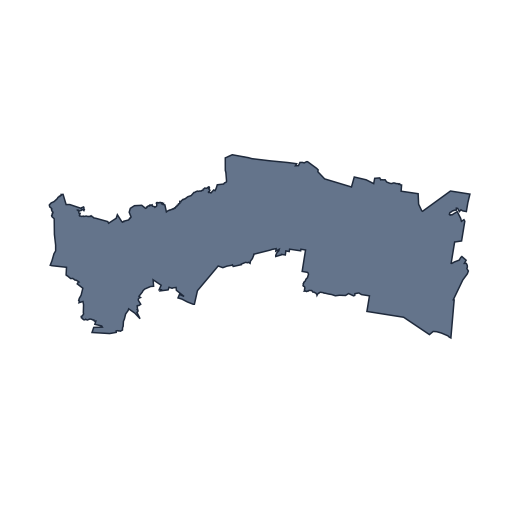 outline of Chihuahua, Chihuahua, Mexico, rotated 99°
{"feature_id": "50627088B4018820308250", "entity_name": "Chihuahua", "entity_type": "district", "adm_level": 2, "iso_a3": "MEX", "parent_name": "Mexico", "parent_adm1": "Chihuahua", "projection": "orthographic", "projection_center": [-106.189, 28.94], "detail": "fine", "context": "isolated", "style": "filled", "palette": "slate", "viewbox_px": 512, "rotation_deg": 99, "n_neighbors": 0, "source": "geoboundaries", "source_scale": "gbopen_adm2", "svg_char_len": 6115}
<svg xmlns="http://www.w3.org/2000/svg" viewBox="0 0 512 512"><g transform="rotate(99 256 256)"><path d="M306.5,72.4L302.8,69.2L302.5,65.7L303.1,60.8L304.8,54.0L305.8,52.6L306.5,50.7L268.4,53.4L268.4,54.3L247.3,48.0L240.6,44.5L237.6,43.9L235.4,45.8L233.8,45.5L232.2,45.9L231.1,46.6L230.4,47.2L230.7,49.1L227.3,47.8L224.3,52.6L225.4,53.5L228.3,54.7L230.9,59.2L232.7,61.4L232.7,62.1L211.1,62.0L209.0,55.3L189.0,55.2L187.6,56.3L189.6,58.5L186.7,59.8L180.7,64.2L184.8,69.0L184.7,69.9L185.3,70.5L184.8,71.5L183.1,71.4L182.3,70.8L181.8,69.8L180.7,69.1L180.3,67.7L179.8,67.5L179.4,65.4L177.4,65.6L177.4,64.3L180.3,62.1L178.3,60.8L179.1,58.9L179.2,55.2L170.1,55.1L161.4,54.4L161.4,74.1L185.8,98.5L185.4,99.4L179.4,103.5L169.1,105.6L169.3,122.8L163.1,123.3L163.1,124.5L162.8,125.1L162.2,125.4L162.8,126.4L162.3,126.8L162.5,128.3L162.5,129.8L162.2,130.2L162.4,131.9L163.2,133.1L163.3,134.9L162.5,138.5L160.5,140.4L160.9,142.2L161.0,144.2L161.3,144.7L159.5,146.0L160.7,150.9L166.1,151.1L163.5,159.1L162.6,171.3L172.9,172.5L169.1,200.3L163.1,208.1L161.2,208.1L159.9,209.9L154.8,219.8L154.9,220.8L156.5,223.0L156.3,224.7L156.7,227.2L160.1,228.2L160.7,231.2L158.5,230.3L158.7,239.2L159.8,257.1L160.5,275.3L160.1,278.6L159.7,295.3L163.9,301.7L176.3,299.7L178.3,298.8L186.2,296.9L187.2,296.8L188.0,297.3L188.7,298.5L190.0,299.3L191.7,305.4L195.3,305.9L197.9,306.7L197.4,308.1L200.8,310.4L200.4,312.0L200.7,312.7L200.4,313.0L200.0,312.9L199.9,312.4L198.2,311.8L197.1,313.1L196.0,312.6L195.1,313.1L195.2,313.8L195.9,313.9L196.0,314.5L196.7,315.1L196.9,315.8L196.9,317.3L197.8,317.9L198.2,318.5L199.5,318.8L199.5,319.3L200.0,320.2L200.5,320.4L200.6,321.8L201.1,322.7L201.0,323.8L201.6,325.1L202.8,326.5L202.9,327.2L206.5,329.5L208.1,332.6L210.8,335.2L210.9,335.9L211.6,336.4L211.6,337.1L213.7,338.7L214.1,338.7L214.0,339.8L215.9,339.5L216.4,340.0L216.6,340.7L217.6,340.7L218.2,341.7L218.6,341.6L219.1,342.1L219.5,342.1L219.7,342.8L221.2,343.2L221.2,344.1L222.0,344.3L222.5,344.9L222.3,345.3L222.7,346.0L223.1,346.1L223.3,346.9L224.0,347.7L223.9,348.2L224.3,348.5L224.8,349.7L226.5,351.4L219.8,354.0L219.7,355.0L219.4,355.2L219.7,355.4L219.7,355.7L219.2,355.7L219.4,355.9L219.2,356.2L219.2,357.1L218.8,357.0L218.7,356.6L218.2,356.6L218.1,357.7L218.4,358.1L218.0,359.1L218.7,360.3L218.6,360.7L218.8,360.9L218.6,362.1L219.0,362.6L219.5,362.7L220.0,362.2L221.9,361.9L222.7,362.3L223.6,363.4L223.2,363.5L223.0,366.0L222.5,366.3L222.4,366.9L221.8,366.8L222.1,367.4L222.2,368.8L222.7,369.0L222.9,368.6L223.2,368.9L223.0,369.4L223.6,370.5L224.5,371.1L224.7,371.6L225.0,371.4L225.5,371.6L226.2,372.6L223.8,376.8L225.3,383.9L228.6,387.6L232.6,388.1L237.0,385.5L238.3,386.1L238.3,386.6L238.9,386.9L239.3,386.8L240.4,387.6L242.3,392.0L242.8,392.0L242.8,392.5L243.5,393.2L242.8,394.2L236.9,399.4L240.6,400.0L246.7,406.7L245.2,407.8L243.8,420.0L243.8,422.1L243.3,422.6L242.9,423.9L242.3,424.5L242.6,425.2L242.2,425.4L243.0,426.3L242.9,427.1L243.3,427.9L243.1,429.9L243.9,432.3L243.6,432.7L244.2,434.5L244.0,435.8L244.1,436.5L243.7,436.8L241.5,436.4L241.7,437.2L240.8,437.8L239.6,437.9L238.6,439.5L238.4,439.1L239.1,437.7L239.0,437.1L238.6,436.6L238.5,435.9L237.5,435.0L237.3,434.3L238.1,433.1L236.9,432.8L236.6,433.3L234.9,433.6L234.5,434.0L235.7,436.0L236.3,436.1L234.3,448.0L234.9,451.6L225.3,456.2L225.7,457.9L226.0,457.6L226.5,457.8L227.3,458.9L227.8,459.1L227.7,459.6L228.6,460.1L229.0,460.7L230.5,461.3L233.9,464.0L235.6,466.6L237.8,468.1L238.4,468.0L239.9,467.3L240.2,466.5L241.5,465.0L242.2,465.3L242.9,464.9L243.5,464.6L244.0,463.8L244.5,463.8L244.7,463.4L245.9,463.5L246.4,464.0L247.3,463.6L247.9,464.2L248.7,463.9L249.3,463.4L250.6,461.3L251.0,461.1L266.2,458.5L276.6,455.6L282.3,454.7L285.4,455.9L292.8,456.8L297.3,457.8L297.5,456.1L296.8,441.4L304.4,440.6L304.9,440.2L304.8,439.7L307.3,435.5L306.8,433.4L307.3,432.7L307.5,431.9L308.0,431.4L308.1,429.5L309.2,427.0L309.3,426.9L309.4,427.4L311.5,428.2L314.9,422.0L322.1,422.6L325.4,423.9L327.8,424.2L328.2,423.5L328.6,423.3L329.8,423.5L328.0,419.8L331.1,418.7L338.9,417.7L340.2,417.2L342.3,418.2L343.0,419.2L344.3,418.8L344.3,418.3L345.1,417.7L346.0,415.9L345.7,414.9L345.1,414.3L345.4,413.6L345.6,412.5L344.4,410.6L344.2,409.8L344.3,408.1L344.6,407.7L344.7,406.9L344.5,406.2L345.2,405.9L345.6,405.4L345.3,404.0L348.7,404.5L349.2,397.5L350.3,396.6L351.9,405.1L357.2,406.0L355.5,388.4L353.3,382.1L351.9,382.4L351.6,381.8L351.4,380.9L351.6,380.3L351.3,379.8L351.5,378.2L350.0,376.3L347.7,376.6L346.2,376.2L341.3,376.7L338.8,376.1L333.7,375.7L329.9,373.8L328.1,373.5L331.4,366.7L336.1,360.7L330.3,364.8L329.4,364.0L328.5,364.0L327.8,364.2L327.5,365.0L327.1,364.7L323.8,365.6L323.3,364.8L323.4,364.1L321.7,362.3L318.3,365.2L317.0,365.5L315.8,364.9L315.1,363.6L314.1,365.3L309.5,362.7L307.8,362.1L306.0,360.7L302.6,355.3L301.9,352.4L295.6,353.9L299.7,345.1L304.5,346.4L304.2,344.4L305.4,345.0L303.2,337.5L300.5,337.0L301.0,333.8L300.4,332.9L299.6,330.0L302.3,329.3L307.2,320.7L305.9,325.6L309.6,326.5L310.2,322.3L312.1,316.7L313.5,310.4L313.3,309.3L299.4,308.4L271.8,291.8L272.7,286.9L270.6,283.2L269.0,278.7L268.4,277.9L269.9,276.9L266.9,269.2L266.4,269.4L263.9,265.3L264.0,263.3L263.4,262.5L264.2,260.7L262.0,260.7L259.2,259.2L255.3,258.3L254.6,258.5L247.9,242.8L247.0,241.2L245.6,237.3L248.1,237.2L245.7,234.1L247.4,234.3L249.3,235.8L252.2,236.6L253.4,236.4L250.8,230.9L250.4,231.0L250.4,227.2L246.3,227.3L246.4,223.9L244.0,223.9L243.9,212.7L242.3,212.7L242.3,208.0L264.0,208.0L264.1,202.7L264.5,202.0L265.8,201.3L269.4,201.8L271.0,203.0L273.1,203.5L274.5,204.7L275.0,204.5L276.1,205.1L276.9,204.8L278.0,204.9L278.5,204.2L278.5,203.6L278.8,203.2L280.1,202.7L281.2,202.9L282.6,202.6L283.1,202.9L283.1,202.0L282.8,201.5L283.2,200.4L282.6,199.6L282.5,198.9L281.7,198.3L281.4,195.6L282.8,194.1L282.6,193.0L282.8,192.9L283.2,191.2L284.5,189.9L285.3,189.6L283.8,189.1L283.0,188.5L283.0,188.1L282.2,187.6L281.7,186.7L281.7,183.6L282.1,183.0L281.9,182.1L282.2,178.6L282.2,175.3L282.9,171.4L281.7,167.4L281.0,161.4L278.6,158.7L280.1,153.4L279.5,152.3L277.7,152.4L276.4,148.6L277.6,145.8L277.6,137.7L293.4,137.8L293.4,100.6L306.5,72.4Z" fill="#64748b" stroke="#1e293b" stroke-width="1.5"/></g></svg>